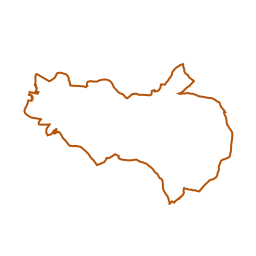 Aiton, Cluj, Romania (Equal Earth projection), rotated 7°
{"feature_id": "2599482B48595612895223", "entity_name": "Aiton", "entity_type": "district", "adm_level": 2, "iso_a3": "ROU", "parent_name": "Romania", "parent_adm1": "Cluj", "projection": "equal_earth", "projection_center": [23.738, 46.677], "detail": "fine", "context": "isolated", "style": "outline", "palette": "amber", "viewbox_px": 256, "rotation_deg": 7, "n_neighbors": 0, "source": "geoboundaries", "source_scale": "gbopen_adm2", "svg_char_len": 5637}
<svg xmlns="http://www.w3.org/2000/svg" viewBox="0 0 256 256"><g transform="rotate(7 128 128)"><path d="M168.2,62.6L167.1,64.1L165.4,66.7L165.2,67.4L165.2,68.1L164.9,69.3L164.9,70.1L164.4,71.4L163.4,73.4L162.7,74.1L162.2,75.5L161.6,76.6L160.3,78.4L159.5,80.4L159.3,80.5L156.9,80.6L155.3,80.8L155.4,82.0L155.4,82.6L155.1,84.4L154.9,84.9L154.1,86.5L153.8,86.9L153.5,87.2L152.6,87.8L149.9,88.5L149.6,88.1L149.5,87.2L148.0,87.8L147.2,88.3L147.1,88.6L147.2,91.0L147.2,91.6L146.9,92.1L146.7,92.4L145.8,92.8L144.5,93.0L140.4,93.1L137.9,93.4L134.3,93.7L132.3,93.0L131.8,92.9L130.5,93.4L130.3,93.3L129.9,93.3L129.7,93.5L129.1,93.5L128.7,93.6L128.2,93.8L128.1,94.2L127.0,94.9L126.6,95.5L125.4,96.9L123.9,98.2L123.7,98.5L123.1,98.6L121.2,97.3L119.2,95.3L115.3,94.3L114.0,93.6L112.2,91.9L110.9,91.0L110.3,90.4L108.6,88.9L108.1,87.7L106.5,85.4L106.1,85.0L104.1,83.4L101.6,82.7L99.7,82.6L98.2,82.9L96.9,83.0L96.1,83.4L93.2,84.5L92.1,85.5L91.5,85.7L89.5,86.0L84.7,86.1L82.7,86.9L82.3,87.2L82.1,87.6L81.9,89.7L81.9,90.0L82.0,90.4L82.5,91.1L82.1,91.3L81.9,91.5L81.4,92.6L78.5,92.1L65.6,92.9L65.4,92.3L65.1,91.8L65.2,91.2L65.0,90.7L64.1,88.6L63.8,88.0L63.2,87.6L63.1,87.3L63.2,86.1L63.0,85.4L62.0,84.1L60.9,82.8L60.1,82.3L55.8,81.5L54.4,81.4L52.9,81.5L50.7,82.5L50.5,82.9L50.4,84.0L49.8,85.5L49.6,86.3L49.2,86.8L49.0,87.3L45.9,90.0L44.9,90.7L44.1,91.2L31.8,85.9L30.8,85.5L30.6,85.5L29.8,87.0L29.8,87.5L30.1,89.6L30.2,91.4L30.6,92.7L30.4,96.7L31.4,96.6L31.5,97.0L31.4,98.4L32.4,99.0L32.6,99.5L32.3,100.4L32.6,101.2L32.2,102.1L31.9,103.0L34.7,103.3L34.1,105.0L33.4,105.0L29.8,104.6L29.0,104.6L28.7,104.4L27.5,104.7L27.0,104.6L26.1,104.2L25.9,104.2L26.1,104.9L25.7,107.2L28.4,107.2L28.5,107.4L28.4,108.6L29.4,108.6L29.8,110.6L29.0,110.6L29.1,112.7L26.2,112.8L25.6,112.9L25.2,116.5L24.6,117.9L24.4,118.8L24.0,119.8L24.0,120.2L23.3,121.8L23.2,122.3L23.1,122.6L23.2,123.7L23.7,125.0L24.3,126.0L24.5,126.1L25.3,126.8L26.8,127.7L30.1,129.2L31.0,129.5L31.5,129.5L40.5,129.8L40.6,130.0L40.1,130.4L39.8,131.0L38.7,133.4L38.9,134.5L39.3,135.3L42.9,135.1L45.7,134.7L47.1,134.6L47.8,134.4L49.7,134.1L48.7,136.2L48.0,137.2L47.3,138.5L47.2,139.1L47.4,140.7L47.3,141.7L47.3,142.3L47.6,142.8L47.9,143.3L49.3,145.1L49.7,144.8L50.8,144.2L51.9,144.0L52.5,143.6L52.9,143.0L53.4,142.4L54.1,140.9L55.0,139.6L56.6,138.0L56.9,137.8L57.1,137.9L57.0,138.1L57.2,138.7L57.3,139.1L57.0,139.7L57.0,140.0L56.5,140.5L56.4,141.1L55.9,141.7L55.6,142.4L55.9,142.5L56.2,142.2L58.2,140.8L59.2,140.5L60.1,140.4L61.4,141.7L62.1,142.3L62.5,143.0L63.1,143.7L64.7,146.0L67.0,147.7L72.1,152.7L77.5,152.5L77.8,152.1L83.1,152.5L84.6,153.3L88.5,155.9L91.8,158.5L93.1,159.8L93.3,160.4L93.5,160.7L96.4,163.3L97.6,164.0L98.0,164.6L98.3,164.8L98.8,165.4L99.7,166.2L100.5,167.4L101.5,168.2L101.8,168.6L103.8,167.4L104.4,167.2L105.3,166.7L106.7,165.7L108.2,165.0L108.5,164.8L109.0,164.1L109.5,163.2L109.8,162.5L110.2,160.7L110.7,160.3L111.4,160.2L111.8,160.5L112.1,160.4L112.9,160.1L116.2,157.6L117.3,156.5L118.7,155.6L121.0,156.6L121.9,156.9L122.2,156.9L122.3,157.0L122.2,158.4L122.4,159.0L122.6,159.1L123.6,159.6L124.7,159.9L125.8,160.1L132.6,160.1L136.1,159.4L139.0,158.6L140.4,158.3L141.6,159.0L144.8,160.1L147.2,160.3L148.9,160.9L150.5,161.1L151.2,161.4L152.4,162.3L153.4,163.3L154.8,163.6L155.2,164.0L155.3,164.2L156.0,164.6L157.5,165.6L158.3,166.4L158.7,167.2L160.1,168.5L162.0,169.8L162.5,169.7L165.3,173.7L166.9,174.3L167.7,174.8L168.5,175.9L168.7,176.3L168.9,177.3L169.2,178.1L169.3,178.9L169.6,180.7L169.9,182.4L170.2,183.9L170.6,184.8L170.9,185.4L172.5,187.5L172.7,187.9L175.2,190.7L175.9,191.5L176.3,192.2L177.0,193.9L177.4,195.2L177.8,195.8L178.6,197.0L178.6,197.6L178.4,198.0L178.7,198.0L179.0,197.8L180.2,195.7L180.5,195.5L180.8,195.5L182.8,196.4L183.0,196.7L183.2,197.2L183.1,196.6L183.2,196.1L183.7,195.0L184.5,194.1L185.2,193.7L185.8,192.8L186.5,192.4L187.2,192.2L187.4,192.0L187.7,191.6L187.4,191.3L187.6,190.9L188.8,189.7L189.0,189.8L189.3,189.5L189.8,188.9L190.2,188.3L191.5,185.3L191.4,185.1L190.9,184.1L190.8,183.5L190.8,182.5L191.0,181.4L191.0,180.9L194.7,181.4L196.5,181.7L198.3,181.5L200.1,181.9L200.8,181.9L201.8,181.6L202.4,181.6L204.1,182.2L206.7,182.2L206.9,181.6L207.3,180.7L208.2,179.8L208.7,178.6L209.5,177.6L210.5,176.0L211.4,174.9L212.2,173.9L213.9,171.8L214.8,170.6L215.4,169.9L216.0,169.5L217.7,168.9L219.0,168.3L220.7,166.9L221.6,166.0L221.9,165.3L222.3,164.4L222.5,161.2L222.8,160.5L223.3,158.6L223.3,157.7L222.9,156.6L222.8,155.9L222.9,155.0L223.7,151.9L224.0,150.4L224.4,149.2L224.7,148.8L226.8,147.4L227.3,147.4L231.6,144.9L232.0,144.4L232.5,143.6L232.6,142.6L232.6,141.2L232.9,139.2L232.9,138.3L232.8,135.0L232.6,133.3L232.5,132.0L232.6,126.3L232.6,123.6L232.4,122.3L232.1,121.0L231.9,119.5L228.6,115.8L227.0,113.6L226.4,113.1L225.8,112.1L225.0,109.9L224.9,108.5L224.7,108.0L224.1,105.8L221.8,102.2L221.6,101.6L221.4,100.9L222.5,100.5L222.4,100.4L221.8,99.6L221.6,99.2L217.7,95.6L216.5,93.4L215.7,91.6L215.5,91.4L214.0,90.9L212.6,90.5L211.0,89.4L210.0,89.1L208.9,88.5L208.4,88.4L206.2,88.2L204.2,88.3L203.1,88.2L202.3,88.3L199.6,88.0L195.6,87.9L193.1,87.5L190.4,86.6L188.5,86.2L186.7,86.2L185.8,86.3L183.8,86.1L182.8,86.1L182.3,86.1L180.7,86.7L177.6,87.2L175.9,87.8L175.2,87.8L174.4,87.6L175.4,87.1L176.7,86.2L178.6,84.5L179.7,82.9L181.7,80.5L182.5,79.8L183.7,79.0L184.2,78.5L184.7,77.5L186.1,75.7L187.3,74.0L187.6,73.9L187.7,73.6L187.2,72.9L185.8,72.3L184.6,71.5L183.5,71.0L182.8,70.6L182.1,69.6L181.1,68.6L181.0,68.1L179.1,67.2L178.2,66.6L177.3,65.4L176.9,64.6L176.7,63.6L176.7,62.6L175.7,61.1L175.4,60.5L175.3,59.7L174.9,58.0L174.5,58.2L173.1,58.7L172.1,59.2L169.7,61.3L168.8,61.9L168.4,62.5L168.2,62.6Z" fill="none" stroke="#b45309" stroke-width="2"/></g></svg>